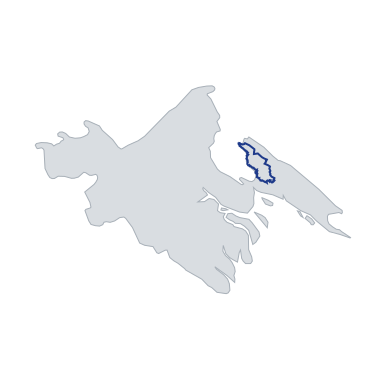 location of Khagrachhari, Chittagong, Bangladesh, rotated 316°
{"feature_id": "16705992B35326431749719", "entity_name": "Khagrachhari", "entity_type": "district", "adm_level": 2, "iso_a3": "BGD", "parent_name": "Bangladesh", "parent_adm1": "Chittagong", "projection": "natural_earth1", "projection_center": [91.852, 23.211], "detail": "medium", "context": "in_parent", "style": "outline", "palette": "blue", "viewbox_px": 384, "rotation_deg": 316, "n_neighbors": 0, "source": "geoboundaries", "source_scale": "gbopen_adm2", "svg_char_len": 5561}
<svg xmlns="http://www.w3.org/2000/svg" viewBox="0 0 384 384"><g transform="rotate(316 192 192)"><path d="M138.5,270.6L138.5,261.6L133.3,243.9L133.5,242.0L132.4,233.5L131.1,228.8L130.5,223.7L133.7,216.5L132.4,215.3L125.3,213.1L124.5,211.3L126.0,204.2L120.9,197.4L118.9,192.4L124.5,176.2L126.0,164.9L125.6,162.7L122.2,160.2L116.3,159.1L112.1,157.0L109.7,153.8L107.6,152.6L105.1,153.5L101.8,152.3L99.1,149.1L96.8,145.2L97.7,141.0L102.1,131.0L103.7,130.8L107.5,132.7L108.8,132.7L111.3,128.7L114.8,117.5L126.8,118.5L129.7,118.1L132.7,117.2L134.4,115.8L135.3,114.0L135.0,112.4L131.3,110.3L129.9,108.7L128.9,104.2L127.8,102.6L120.6,102.3L116.9,100.3L114.8,98.4L111.2,92.3L106.7,87.7L102.4,86.7L100.7,85.2L99.8,82.9L100.4,79.5L102.6,73.0L114.6,59.1L114.9,57.5L114.5,55.7L111.0,53.5L110.8,52.4L111.8,49.4L113.8,49.1L117.9,51.7L122.0,56.0L124.5,59.9L124.6,62.9L127.8,63.5L130.5,64.9L133.3,64.5L135.1,65.2L136.4,64.9L136.8,63.2L134.5,58.8L135.7,56.9L138.4,57.0L140.4,58.7L141.8,62.1L142.0,67.3L145.2,72.1L149.4,75.5L152.7,77.0L156.7,78.2L160.1,77.1L161.8,73.8L161.1,70.8L161.6,68.1L163.0,66.7L165.1,66.8L166.7,68.9L171.3,80.2L170.3,85.3L171.3,99.1L170.1,108.2L170.8,111.7L171.6,112.3L178.6,114.0L188.8,117.7L196.6,119.0L231.8,118.0L239.4,119.8L262.9,118.4L269.3,121.3L276.3,126.1L280.2,129.6L280.9,131.6L280.5,133.3L279.2,134.3L276.8,134.3L271.3,132.0L270.3,132.7L270.2,138.2L265.8,151.9L265.1,156.1L263.6,157.8L258.9,158.6L255.8,166.6L254.6,167.6L251.5,165.9L249.6,166.1L247.2,166.9L244.8,168.7L243.2,171.0L241.3,171.8L234.8,171.7L233.5,175.4L229.2,180.2L226.2,193.1L226.4,197.0L230.0,207.3L232.6,220.6L233.5,221.9L234.8,222.1L234.9,215.9L236.1,215.2L237.6,215.9L240.7,224.1L242.4,226.2L245.2,226.7L248.3,225.5L250.6,223.1L251.6,220.5L250.7,211.5L252.2,207.9L257.6,202.4L258.3,200.8L258.0,191.8L260.0,191.5L262.7,192.2L266.2,190.1L267.2,190.0L268.7,192.3L271.1,191.9L274.8,209.7L275.1,222.3L275.9,229.2L277.2,230.8L281.3,241.3L285.1,278.1L285.6,301.5L287.2,309.5L285.9,311.2L284.6,311.6L283.4,308.8L274.7,302.9L272.6,303.5L269.6,306.9L268.4,310.1L268.9,314.6L269.9,319.0L271.9,321.6L272.1,324.4L274.4,334.9L273.8,334.9L269.0,325.4L263.3,316.0L261.4,299.1L261.3,290.8L257.3,281.0L253.7,263.9L255.3,257.8L252.5,260.5L248.2,250.2L241.4,240.2L239.5,235.8L239.4,231.4L236.5,235.8L232.5,238.8L228.4,243.4L225.7,244.8L217.2,245.7L212.3,239.5L205.3,224.5L204.3,221.1L205.3,212.2L203.6,203.9L203.2,196.5L201.9,197.2L201.4,199.2L201.7,202.3L201.1,204.9L189.3,203.2L194.3,207.6L199.8,208.6L202.6,212.6L202.7,219.1L197.4,223.1L197.9,226.4L200.9,230.4L197.2,231.6L196.1,234.2L196.1,238.0L198.7,243.8L198.2,246.1L202.7,253.6L203.5,257.3L202.4,262.4L192.7,272.8L189.9,280.1L187.4,283.6L184.5,284.2L180.8,280.7L180.8,277.2L181.6,274.3L186.6,267.4L183.9,268.4L176.0,274.0L174.5,269.4L173.5,265.2L173.5,259.9L177.4,252.1L173.1,256.0L171.9,260.9L172.4,266.6L171.8,270.7L170.1,276.0L167.8,279.2L164.1,281.2L162.4,284.4L159.9,286.7L159.1,276.0L156.5,261.6L155.9,264.6L157.3,273.6L157.1,279.4L155.1,284.0L151.0,289.0L147.9,289.7L146.0,288.9L140.3,281.5L139.8,274.4L138.5,270.6ZM210.2,270.8L203.0,272.5L199.3,272.0L206.2,259.0L206.0,253.2L204.9,248.4L201.4,244.6L201.2,241.9L199.7,238.2L198.9,233.9L202.8,232.5L205.9,235.0L207.0,239.9L208.6,243.6L214.0,251.2L213.9,255.9L212.4,267.3L210.2,270.8ZM225.7,266.5L221.3,270.0L222.8,249.5L226.0,257.1L226.8,261.2L225.7,266.5ZM242.5,256.3L240.6,257.7L238.8,256.5L236.5,251.7L237.7,245.6L238.4,244.7L241.1,250.9L242.5,256.3ZM258.8,299.5L256.3,299.7L255.1,298.3L255.7,296.2L255.0,289.6L258.2,288.9L259.4,294.5L258.8,299.5ZM256.1,280.9L254.2,287.5L253.5,284.6L254.7,278.8L256.1,280.9ZM204.7,227.6L205.4,229.7L201.4,227.0L200.3,225.0L202.1,224.0L204.7,227.6Z" fill="#d9dde1" stroke="#a8b0b8" stroke-width="1"/><path d="M257.9,241.1L259.4,241.0L259.5,239.7L260.5,239.6L261.0,239.2L259.9,236.3L260.1,233.9L261.0,233.5L261.7,231.5L262.6,231.5L263.2,231.0L263.8,229.0L265.8,227.8L265.3,225.6L263.9,222.1L265.7,221.8L266.7,221.0L266.8,221.3L268.4,220.7L267.3,218.3L266.5,215.6L266.1,210.0L262.9,207.7L264.7,206.1L265.9,205.3L266.6,204.5L265.7,198.2L264.0,193.7L262.8,193.8L261.8,193.2L261.3,192.9L261.2,192.6L260.9,192.5L260.3,190.0L260.0,189.5L259.6,189.7L259.2,189.4L258.9,189.8L259.0,190.1L258.8,190.4L259.1,191.4L258.5,191.4L258.2,191.9L258.7,193.8L258.5,194.3L259.0,195.6L259.1,198.5L259.4,199.3L259.1,199.7L259.7,200.9L259.6,202.2L259.2,202.0L259.2,202.3L258.3,202.7L258.5,204.2L257.8,204.3L257.5,204.0L256.8,203.9L256.6,204.4L256.3,204.3L256.2,204.6L255.1,205.7L254.5,205.7L254.4,206.5L254.1,206.6L254.2,207.4L253.7,207.8L253.7,208.3L253.0,208.7L252.9,209.3L251.9,209.7L251.2,210.4L251.0,212.0L251.7,212.4L251.6,213.0L251.8,213.5L251.6,213.7L251.8,213.9L252.0,213.7L252.0,214.2L252.3,214.5L252.2,215.6L252.5,216.1L252.4,216.5L252.9,216.9L252.8,217.4L253.1,217.6L252.9,218.0L253.2,218.6L253.0,219.0L253.1,219.7L253.4,220.2L253.2,220.8L254.1,221.1L253.2,221.7L253.4,222.1L253.2,222.1L252.9,222.6L252.4,222.7L252.5,222.4L252.2,222.2L252.2,222.4L251.6,222.3L252.0,223.7L251.8,224.3L251.6,224.4L251.6,223.8L251.3,223.7L251.5,224.1L251.0,224.3L250.3,225.4L249.6,225.8L249.4,226.3L249.0,226.4L249.4,227.8L249.7,227.9L249.6,228.6L249.8,228.7L249.6,228.8L249.4,230.0L249.5,230.3L249.2,231.3L249.7,231.8L249.7,232.0L250.4,232.1L250.8,232.6L250.8,233.5L251.2,234.1L251.2,234.8L251.6,235.9L252.2,236.5L252.3,237.2L253.1,236.0L254.1,236.1L254.0,236.8L254.2,236.5L254.8,237.1L255.0,236.7L255.0,237.8L255.7,237.2L256.2,237.3L256.6,238.0L256.1,238.0L255.8,239.7L256.1,240.7L256.7,241.0L257.7,240.6L257.9,241.1Z" fill="none" stroke="#1e3a8a" stroke-width="2"/></g></svg>